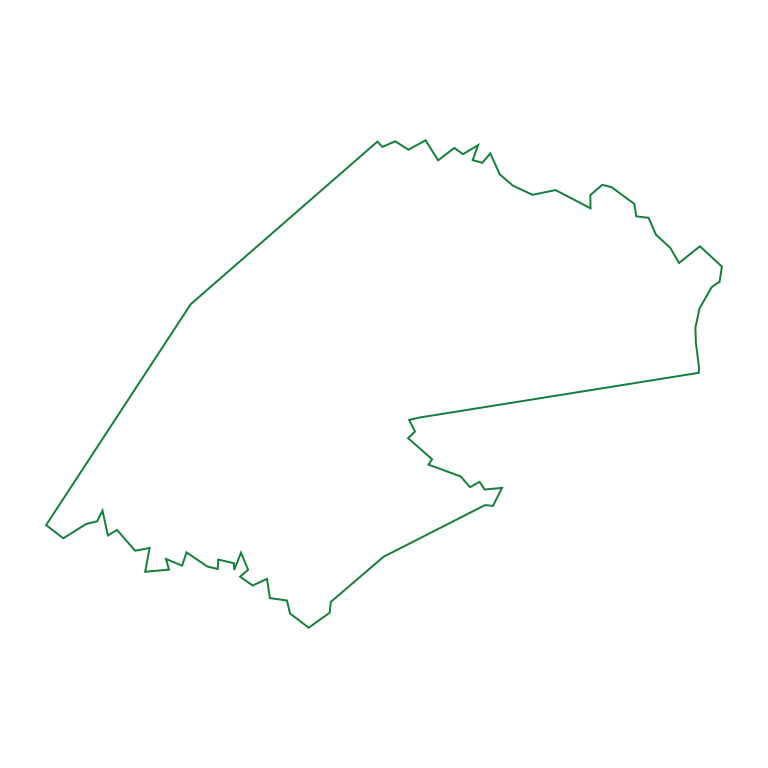 the district of Refugio, Texas, United States of America
{"feature_id": "52423323B18578133959698", "entity_name": "Refugio", "entity_type": "district", "adm_level": 2, "iso_a3": "USA", "parent_name": "United States of America", "parent_adm1": "Texas", "projection": "albers", "projection_center": [-97.12, 28.308], "detail": "fine", "context": "isolated", "style": "outline", "palette": "green", "viewbox_px": 768, "rotation_deg": 0, "n_neighbors": 0, "source": "geoboundaries", "source_scale": "gbopen_adm2", "svg_char_len": 1107}
<svg xmlns="http://www.w3.org/2000/svg" viewBox="0 0 768 768"><path d="M698.7,372.8L699.1,368.1L695.9,342.9L695.4,327.8L699.4,308.7L711.7,287.1L718.3,282.5L719.5,282.2L721.9,266.6L699.9,246.3L679.0,263.0L670.3,247.9L656.0,234.8L648.6,217.8L636.3,216.4L634.3,203.9L611.6,187.2L602.2,184.8L590.3,195.1L590.5,208.3L555.5,190.1L532.4,194.8L512.9,185.6L499.8,174.4L490.3,153.4L482.3,162.8L472.7,160.1L478.1,145.2L462.9,154.2L454.4,147.9L438.1,160.3L425.6,140.3L408.4,149.7L395.2,141.3L382.4,146.9L377.4,141.6L190.7,304.2L46.1,525.1L63.3,538.3L86.1,524.0L97.2,521.3L102.5,510.6L107.9,535.4L117.1,529.9L135.0,550.7L149.6,548.0L145.2,571.8L169.0,569.6L166.0,559.0L182.1,565.7L186.5,552.4L207.3,566.5L217.7,569.0L218.3,559.6L233.9,563.2L234.2,569.9L241.0,552.7L248.1,569.7L240.1,576.7L252.6,585.5L267.0,578.9L269.9,598.1L287.0,600.5L290.0,613.5L308.7,627.7L329.7,612.7L330.8,601.9L383.5,556.8L485.0,505.1L493.0,505.9L502.0,487.9L484.7,489.5L479.6,481.9L470.0,487.1L460.6,476.4L428.5,464.7L432.0,459.2L408.1,438.2L415.0,431.5L409.1,419.9L420.2,417.4L698.7,372.8Z" fill="none" stroke="#15803d" stroke-width="2"/></svg>